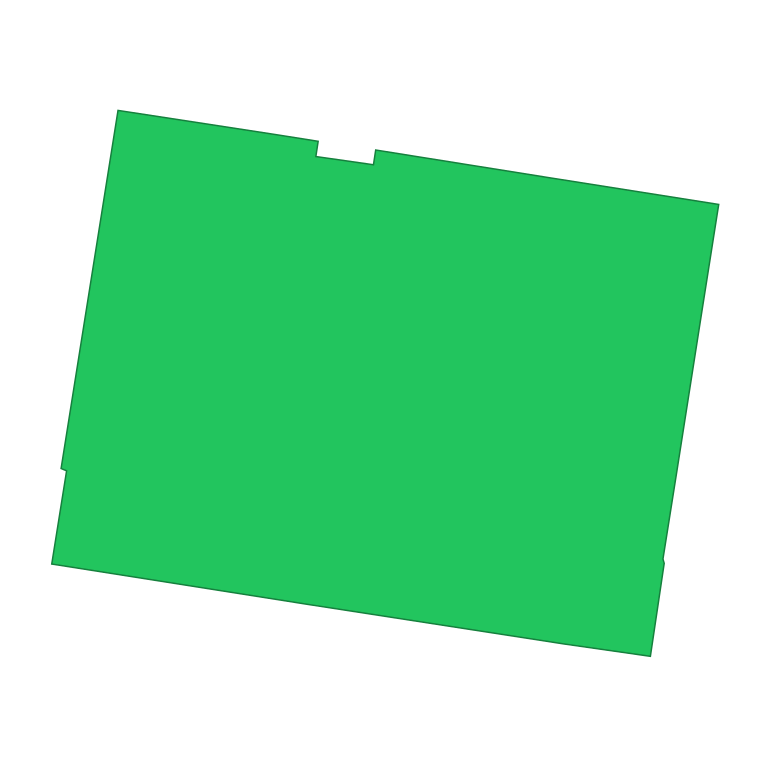 Reno, Kansas, United States of America (Equal Earth projection), rotated 9°
{"feature_id": "52423323B74364898088974", "entity_name": "Reno", "entity_type": "district", "adm_level": 2, "iso_a3": "USA", "parent_name": "United States of America", "parent_adm1": "Kansas", "projection": "equal_earth", "projection_center": [-98.045, 37.953], "detail": "fine", "context": "isolated", "style": "filled", "palette": "green", "viewbox_px": 768, "rotation_deg": 9, "n_neighbors": 0, "source": "geoboundaries", "source_scale": "gbopen_adm2", "svg_char_len": 393}
<svg xmlns="http://www.w3.org/2000/svg" viewBox="0 0 768 768"><g transform="rotate(9 384 384)"><path d="M512.8,154.4L339.2,154.2L339.3,169.1L281.1,170.0L281.0,154.6L237.9,154.6L78.5,155.4L78.3,518.0L84.1,519.4L84.0,613.8L343.8,613.6L603.4,612.6L689.7,611.3L688.8,517.3L686.9,513.2L686.9,427.5L686.6,260.0L686.5,154.3L512.8,154.4Z" fill="#22c55e" stroke="#15803d" stroke-width="1.5"/></g></svg>